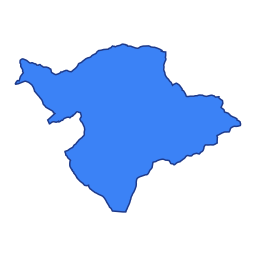 Bradeni, Sibiu, Romania
{"feature_id": "2599482B92641701447003", "entity_name": "Bradeni", "entity_type": "district", "adm_level": 2, "iso_a3": "ROU", "parent_name": "Romania", "parent_adm1": "Sibiu", "projection": "albers", "projection_center": [24.875, 46.06], "detail": "fine", "context": "isolated", "style": "filled", "palette": "blue", "viewbox_px": 256, "rotation_deg": 0, "n_neighbors": 0, "source": "geoboundaries", "source_scale": "gbopen_adm2", "svg_char_len": 5641}
<svg xmlns="http://www.w3.org/2000/svg" viewBox="0 0 256 256"><path d="M240.3,125.5L240.4,125.3L240.6,124.0L240.3,123.0L240.1,121.9L238.3,120.5L237.2,120.2L237.0,119.9L237.0,119.2L236.8,118.7L234.8,117.6L232.7,116.8L230.5,115.6L230.1,115.2L229.7,114.5L228.5,113.6L228.2,113.2L224.5,112.0L224.0,109.8L221.1,107.5L221.1,107.3L222.4,104.4L222.5,103.7L222.8,103.6L222.8,102.9L222.5,100.7L222.4,100.5L220.5,99.3L218.8,97.7L218.6,97.3L218.9,96.8L218.4,96.7L217.8,96.9L215.4,97.1L214.0,95.8L213.3,95.8L212.6,95.4L211.6,95.2L210.7,95.3L206.9,96.3L206.3,96.4L204.3,96.0L202.1,95.1L201.2,95.2L199.9,95.0L198.4,95.2L197.3,95.7L195.2,95.8L193.8,96.2L190.2,96.2L188.4,96.5L186.8,96.5L186.2,96.1L185.8,94.9L185.3,93.7L183.8,91.2L183.2,90.5L182.3,90.3L182.1,89.9L182.2,89.3L182.0,88.7L181.1,87.5L179.9,85.8L179.1,84.9L177.2,83.6L176.2,83.2L174.4,84.1L173.4,84.5L172.6,85.3L171.1,82.4L169.9,81.4L168.4,79.2L167.1,78.0L166.0,76.5L165.2,74.9L165.0,74.0L164.8,72.6L163.9,70.4L163.7,69.6L164.0,66.9L163.7,65.1L164.9,61.6L165.7,60.1L165.9,59.2L165.8,58.5L165.4,57.5L165.5,56.8L165.7,55.7L165.7,52.0L163.5,51.8L161.4,51.1L161.9,50.4L159.8,49.2L157.1,48.1L154.6,47.3L153.4,47.3L151.0,47.0L150.1,46.4L148.7,45.9L143.1,46.1L140.4,46.8L138.5,48.1L137.7,48.3L135.7,48.0L131.7,46.6L130.9,46.2L128.7,46.1L127.9,46.2L127.2,45.8L127.1,45.6L127.2,45.3L126.9,45.1L126.4,44.9L125.9,45.0L125.3,44.5L123.7,44.3L123.0,44.1L122.1,44.2L120.1,45.3L116.9,46.0L115.5,46.7L115.1,46.8L114.3,46.3L113.7,46.4L112.5,46.0L111.4,47.1L111.1,47.6L109.0,48.4L108.6,48.9L108.1,49.2L103.7,49.5L101.2,50.2L98.5,50.6L96.6,52.3L96.4,52.9L96.1,53.3L95.3,53.8L92.8,55.0L91.7,55.8L91.0,56.7L89.8,57.4L87.7,57.9L85.8,58.8L82.2,61.6L81.9,62.0L81.4,62.4L78.9,63.5L78.3,64.2L77.9,65.3L76.5,67.3L74.7,69.0L73.6,69.8L71.9,71.3L71.2,71.7L70.0,71.6L68.7,71.3L67.1,70.4L65.8,70.4L65.2,70.7L63.9,71.1L62.4,71.9L61.7,72.0L60.9,71.9L60.5,72.6L58.9,73.6L57.3,74.2L55.9,74.6L55.3,74.5L54.6,74.2L51.8,72.6L51.5,72.3L50.8,69.2L50.6,69.0L49.8,68.8L48.7,67.8L46.4,67.1L44.4,67.1L43.9,67.3L43.0,66.9L42.6,66.4L41.3,65.8L40.1,64.6L39.3,64.6L38.3,65.2L37.3,65.1L36.7,65.0L36.0,64.1L35.1,63.7L34.3,63.7L32.5,62.8L31.8,62.7L30.9,63.0L30.0,63.0L29.0,62.4L26.9,60.6L26.0,60.1L23.3,59.0L22.5,58.9L22.0,59.0L21.3,59.4L20.2,60.3L20.0,62.3L20.2,63.3L20.7,63.9L20.8,64.3L20.7,66.0L20.8,66.6L22.6,69.6L22.7,70.2L22.6,71.4L23.3,72.8L22.1,74.2L20.4,76.6L19.2,80.8L17.8,80.6L17.4,80.6L16.4,81.8L15.4,83.5L15.4,83.9L15.6,84.2L15.9,84.2L18.5,83.7L22.4,82.1L24.6,81.3L25.6,81.2L28.3,82.2L29.0,82.6L31.8,84.8L33.4,87.4L34.4,90.2L34.5,91.1L38.2,95.5L39.3,96.6L39.5,97.1L41.8,99.9L42.7,102.0L43.1,103.7L43.3,104.2L43.9,104.9L44.9,105.9L46.0,107.3L52.3,110.9L52.7,111.2L53.0,111.6L53.1,112.0L53.4,112.1L53.5,112.7L54.1,113.0L54.9,113.5L48.2,119.6L47.7,120.0L49.4,123.8L50.3,123.5L51.5,122.4L52.8,121.8L54.0,121.7L55.3,122.1L56.8,122.1L58.5,121.3L58.7,121.9L59.1,121.9L60.3,121.3L61.5,120.3L62.0,120.4L62.7,120.2L63.5,119.1L64.2,118.5L67.0,117.3L68.9,117.2L69.9,117.8L70.4,117.5L71.3,116.4L72.6,116.1L72.9,115.7L72.9,115.3L73.4,115.3L74.4,114.2L75.5,113.4L75.8,112.7L76.7,111.9L77.0,111.8L77.7,111.8L79.0,112.4L80.4,112.6L80.5,113.2L81.2,115.3L81.3,116.2L81.2,117.0L80.8,117.3L80.7,117.7L80.2,118.4L80.0,119.0L80.0,119.6L81.2,121.7L82.0,122.2L82.6,123.5L83.1,124.3L83.6,125.7L84.2,126.7L84.4,127.5L84.7,129.6L84.2,132.2L84.3,134.3L84.2,134.9L83.7,135.8L82.8,136.5L82.0,137.6L80.8,138.4L79.0,139.9L77.6,141.7L76.8,142.5L76.0,143.8L74.0,145.2L73.8,145.6L72.6,147.5L71.4,148.0L69.7,149.0L67.7,150.5L65.0,151.4L65.0,152.0L65.6,153.6L65.8,155.1L67.0,156.1L67.8,157.8L70.5,160.3L70.4,160.6L70.1,161.0L70.0,161.5L69.8,163.3L69.8,165.3L70.0,166.4L70.5,167.5L71.8,169.7L72.1,169.7L72.1,170.4L72.5,170.8L72.8,171.4L73.1,171.7L73.8,172.2L73.8,173.1L75.3,174.8L75.9,175.9L76.4,176.5L76.8,177.7L77.2,177.8L77.5,178.5L80.2,181.3L82.4,183.0L82.9,183.3L83.1,183.4L83.3,183.9L84.4,185.1L84.9,185.4L87.0,185.7L88.5,185.3L88.5,185.6L88.7,186.0L88.8,186.7L89.8,188.4L90.2,188.9L91.2,189.5L92.1,190.4L94.4,192.0L94.7,192.3L95.4,192.7L96.1,192.9L98.5,194.3L101.3,195.5L102.8,196.3L104.2,197.8L105.2,199.3L106.1,200.8L106.7,202.1L109.0,205.8L109.5,207.1L110.7,208.1L111.3,208.8L112.4,211.0L122.8,211.9L125.7,211.9L125.8,211.3L126.1,211.1L126.0,210.8L127.0,209.0L127.0,208.8L127.2,208.5L127.6,207.3L128.9,204.6L129.7,202.6L130.4,200.0L130.8,199.0L131.0,197.6L131.6,196.1L132.2,195.0L132.6,193.8L133.7,192.2L135.1,189.1L135.6,187.6L136.1,186.1L136.3,183.8L136.2,182.4L136.4,180.9L136.6,179.7L137.1,178.5L137.9,177.8L139.6,176.8L143.2,175.6L145.4,174.8L146.9,174.7L148.0,173.8L148.9,172.3L149.8,170.4L151.5,168.5L152.1,167.5L152.9,162.7L153.0,162.4L153.1,162.2L153.6,162.0L155.2,161.7L155.9,161.5L157.1,160.7L159.8,159.7L162.3,159.2L163.6,159.3L165.8,160.2L167.1,160.2L169.2,160.6L170.2,162.3L170.7,163.4L171.3,163.7L172.4,163.8L173.4,164.2L174.0,164.8L174.7,164.6L176.3,163.2L177.3,162.5L178.4,162.1L180.1,161.7L180.4,161.1L181.2,160.8L183.0,159.3L184.1,158.6L185.2,157.5L185.9,156.4L187.1,155.6L187.9,155.5L189.5,155.9L191.3,155.9L191.9,155.6L192.6,154.7L193.5,154.2L194.4,153.8L196.6,153.3L199.2,154.0L200.0,153.3L200.4,152.5L202.1,151.5L202.8,150.8L203.3,150.0L203.8,148.5L204.0,147.2L204.2,146.5L204.9,145.5L205.3,145.0L205.9,144.9L208.0,145.0L211.0,144.8L211.7,144.9L213.4,144.9L214.6,144.4L215.6,143.9L216.6,143.2L217.2,143.0L217.1,141.6L217.2,140.1L217.3,138.0L217.5,137.3L217.3,136.9L217.0,136.1L217.0,135.6L217.2,135.4L218.0,135.2L222.0,133.0L224.5,132.0L229.1,131.9L229.5,131.3L230.0,130.1L230.4,128.7L230.7,128.1L232.4,127.0L233.3,126.6L234.2,126.3L236.4,126.4L237.8,126.2L238.7,126.0L240.3,125.5Z" fill="#3b82f6" stroke="#1e3a8a" stroke-width="1.5"/></svg>